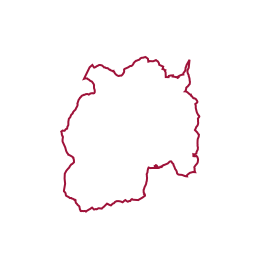 Dumitra, Bistrita-Nasaud, Romania, rotated 149°
{"feature_id": "2599482B84114248322814", "entity_name": "Dumitra", "entity_type": "district", "adm_level": 2, "iso_a3": "ROU", "parent_name": "Romania", "parent_adm1": "Bistrita-Nasaud", "projection": "albers", "projection_center": [24.426, 47.212], "detail": "fine", "context": "isolated", "style": "outline", "palette": "rose", "viewbox_px": 256, "rotation_deg": 149, "n_neighbors": 0, "source": "geoboundaries", "source_scale": "gbopen_adm2", "svg_char_len": 5735}
<svg xmlns="http://www.w3.org/2000/svg" viewBox="0 0 256 256"><g transform="rotate(149 128 128)"><path d="M156.3,60.9L155.3,61.0L151.6,60.9L148.3,61.2L148.0,61.8L148.2,62.2L148.3,62.8L147.8,62.9L147.7,63.6L147.9,64.4L146.8,66.4L146.3,67.1L146.0,67.2L144.8,68.3L143.7,69.2L142.5,69.8L142.0,70.3L141.2,70.8L140.1,72.2L139.5,72.6L138.7,73.6L137.3,75.5L136.8,76.7L136.0,78.1L135.8,78.8L134.2,79.9L133.0,81.5L131.6,82.9L130.7,83.5L129.7,82.3L124.6,79.3L124.8,79.7L124.7,80.4L124.9,81.1L124.7,81.5L124.1,80.9L123.8,80.3L123.6,80.2L123.5,80.8L123.6,81.4L123.5,81.6L123.3,81.8L123.1,81.7L122.8,81.1L122.7,80.5L123.0,79.2L122.6,79.1L121.5,77.8L120.7,77.8L120.3,78.2L120.0,78.1L119.7,77.9L119.6,77.5L119.3,77.2L119.1,77.3L118.7,77.7L118.4,77.6L118.1,77.9L117.2,77.8L116.7,78.0L116.2,77.7L112.2,77.1L109.8,77.7L109.4,77.7L108.3,77.3L108.1,76.8L108.1,75.7L108.0,74.7L107.7,74.0L107.8,73.3L108.2,72.3L108.2,71.1L108.6,69.1L108.7,68.3L108.5,67.3L108.6,65.8L109.3,63.7L108.9,62.4L108.4,61.8L106.0,60.1L104.5,58.3L104.4,57.9L103.5,57.2L103.3,56.8L102.3,56.1L102.1,56.9L101.3,57.3L98.1,57.7L94.9,56.8L94.1,56.1L93.7,56.0L93.2,55.6L93.0,56.9L92.7,57.2L92.6,57.7L91.8,58.8L91.6,59.8L91.2,60.4L88.9,61.4L87.5,61.8L86.6,62.2L85.9,62.7L84.3,64.7L84.0,65.3L83.5,67.2L83.6,67.9L83.7,68.5L83.7,68.8L85.1,69.2L86.4,70.2L85.5,71.9L84.8,71.1L82.5,71.0L81.4,72.3L79.3,73.6L78.1,75.3L77.6,76.9L76.9,77.9L76.6,78.6L74.9,81.3L73.9,82.6L71.8,84.2L70.9,85.5L70.7,85.6L70.6,85.9L70.9,86.6L70.9,88.7L71.0,88.8L71.4,90.7L71.7,91.5L71.7,91.8L71.1,92.1L68.8,93.8L67.6,94.1L66.5,94.8L65.7,95.6L65.0,96.6L64.6,97.6L64.1,98.3L63.2,100.1L61.2,100.9L60.9,101.2L60.8,102.1L61.1,102.6L61.1,103.4L61.0,105.5L60.7,106.8L59.7,110.0L59.5,110.5L58.6,111.9L58.3,112.6L58.1,113.7L57.9,114.0L56.5,114.0L55.3,114.4L55.0,114.7L54.8,115.9L55.0,118.1L55.8,119.3L56.1,119.3L56.4,119.6L56.7,120.2L56.8,121.4L56.8,122.1L57.3,123.0L57.3,123.5L57.1,123.7L56.9,124.2L57.1,124.3L57.5,124.7L57.9,125.3L57.9,125.8L58.4,127.1L58.6,127.9L59.1,128.9L59.5,129.5L60.2,130.0L59.4,130.2L59.0,130.5L58.9,130.8L57.8,131.8L57.5,132.4L56.6,132.8L55.6,132.8L54.8,133.1L54.2,133.2L53.7,133.6L52.6,133.8L51.9,134.6L51.1,135.7L50.8,136.7L49.9,138.5L49.4,140.1L49.3,141.0L48.7,142.2L48.7,143.1L48.5,144.5L47.9,146.0L46.8,147.2L45.0,148.3L40.1,154.8L45.4,151.8L47.0,150.3L47.4,150.2L49.0,148.1L49.8,147.5L52.2,146.5L52.7,146.1L53.0,145.3L54.7,146.0L57.0,146.3L58.4,146.3L58.4,145.7L59.3,145.9L59.3,145.4L59.6,145.3L59.8,145.6L59.9,146.5L61.1,147.2L61.5,147.8L63.2,149.1L62.4,150.0L64.3,151.0L66.2,151.6L67.0,150.7L69.4,152.2L67.3,156.0L67.1,156.4L67.0,157.8L66.7,158.3L66.3,158.4L68.0,160.8L67.5,161.0L67.1,161.1L67.0,161.7L66.5,162.5L66.3,162.6L68.7,166.1L68.3,167.1L68.1,167.8L68.1,169.6L68.6,170.7L69.3,171.6L69.2,171.8L69.6,172.0L70.2,171.9L72.2,172.3L75.1,174.3L75.1,174.1L76.4,174.4L75.4,176.8L75.3,177.1L76.1,179.2L76.6,179.9L76.9,179.8L77.5,180.2L79.0,180.5L79.7,181.0L80.5,181.2L81.5,181.3L82.4,180.9L83.6,180.8L85.1,181.2L86.0,181.2L86.6,181.5L88.3,181.2L89.8,180.7L90.0,180.4L91.2,179.8L92.0,179.5L92.9,179.4L93.4,179.5L94.0,179.9L94.3,180.0L96.7,179.9L100.5,180.4L101.2,180.2L102.2,178.4L102.8,177.8L103.2,177.5L103.5,177.5L104.9,176.7L106.6,176.3L107.8,177.0L109.1,177.3L109.6,177.8L110.3,178.9L110.7,179.8L111.1,181.7L110.9,183.2L111.2,183.5L111.3,184.0L111.1,184.4L111.8,184.5L112.0,184.9L112.1,185.2L112.6,185.7L113.2,186.5L113.3,186.9L113.3,187.1L113.8,187.4L114.6,189.8L115.1,190.0L116.1,190.9L116.5,191.8L117.3,192.3L117.3,192.7L118.1,195.1L119.6,196.5L120.5,196.9L122.0,196.9L123.2,197.1L124.4,196.9L125.9,197.2L126.0,197.6L126.1,200.4L129.6,199.8L140.4,192.8L139.0,192.5L137.4,191.4L137.3,190.7L136.4,189.2L136.3,188.5L136.3,188.4L136.2,188.1L135.0,186.3L134.8,183.4L135.0,182.2L135.4,181.8L136.6,179.6L137.0,177.7L138.0,175.9L139.0,175.3L140.1,175.6L140.7,176.3L142.6,177.0L143.2,176.8L144.4,176.8L144.6,177.3L145.5,178.2L147.0,178.8L148.2,178.8L149.0,179.3L150.0,179.2L150.5,179.4L151.3,179.4L151.9,179.0L153.2,178.7L153.6,178.7L153.9,178.4L155.9,177.5L158.9,174.9L158.9,174.4L159.8,173.2L161.9,171.9L162.6,171.6L163.3,170.9L163.9,170.7L165.1,170.5L167.3,169.7L167.7,169.1L168.1,168.9L169.8,168.6L171.1,167.7L171.9,167.0L173.9,166.4L175.9,164.1L177.6,161.3L178.5,160.7L179.2,160.4L180.5,158.8L181.0,159.0L182.0,159.0L183.8,158.3L185.4,159.3L185.5,159.5L187.0,159.3L187.0,158.9L187.4,158.1L187.7,157.0L188.0,156.7L188.2,155.9L188.4,155.1L188.2,154.7L188.4,153.8L189.9,152.0L190.9,150.4L191.1,149.8L191.4,147.1L191.8,143.7L192.8,140.2L193.0,138.2L192.7,136.1L192.9,135.9L191.6,134.0L190.4,131.7L190.1,130.7L190.6,130.1L190.5,129.3L191.4,127.4L192.0,126.4L194.3,125.9L195.4,126.0L197.5,125.2L197.9,125.0L198.6,124.4L200.3,124.0L202.9,123.1L205.7,121.4L208.4,117.3L210.6,112.6L215.2,107.3L215.5,106.7L215.2,105.6L215.1,104.5L215.2,104.0L215.8,102.6L215.9,101.7L214.4,99.3L213.9,97.9L212.7,97.2L212.5,96.5L211.8,95.8L211.1,94.7L211.0,93.9L210.4,93.8L210.1,93.2L210.9,91.9L211.2,90.6L210.9,89.4L210.8,88.8L210.8,88.2L210.7,87.7L210.3,86.8L210.1,85.7L210.4,85.1L210.8,83.8L211.2,82.9L211.1,81.8L211.2,81.7L211.3,81.2L211.0,80.9L209.9,80.4L208.9,79.6L208.4,79.5L207.9,79.2L207.5,79.0L207.1,78.0L206.1,78.2L203.5,78.2L201.7,78.1L200.7,78.3L199.8,78.3L199.1,75.6L197.3,75.1L196.8,74.5L196.2,74.4L195.5,74.5L194.4,74.3L192.0,72.4L191.2,72.7L189.3,72.9L185.3,73.9L185.0,73.6L184.8,73.8L184.7,73.7L184.1,72.7L184.0,72.3L183.5,71.7L183.3,71.3L182.8,70.9L182.6,70.5L182.3,70.4L181.2,70.8L179.7,71.0L179.1,70.8L178.5,70.8L177.3,71.3L175.9,71.2L175.3,71.1L173.5,70.0L172.8,69.4L172.1,68.8L170.9,67.1L170.0,67.2L168.9,67.5L167.4,67.6L166.8,66.1L166.1,64.9L164.5,64.8L163.9,64.3L163.6,64.3L162.8,64.7L162.2,65.0L161.2,65.0L161.1,64.6L160.7,64.0L156.3,60.9Z" fill="none" stroke="#9f1239" stroke-width="2"/></g></svg>